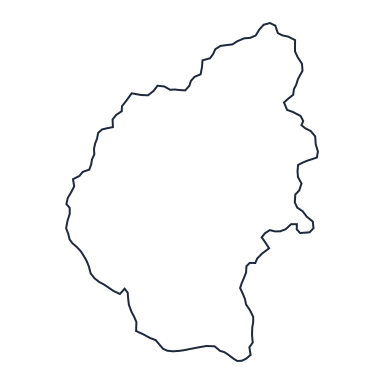 outline of Araújos, Minas Gerais, Brazil
{"feature_id": "56859067B13724994892972", "entity_name": "Araújos", "entity_type": "district", "adm_level": 2, "iso_a3": "BRA", "parent_name": "Brazil", "parent_adm1": "Minas Gerais", "projection": "albers", "projection_center": [-45.174, -19.885], "detail": "fine", "context": "isolated", "style": "outline", "palette": "slate", "viewbox_px": 384, "rotation_deg": 0, "n_neighbors": 0, "source": "geoboundaries", "source_scale": "gbopen_adm2", "svg_char_len": 2198}
<svg xmlns="http://www.w3.org/2000/svg" viewBox="0 0 384 384"><path d="M275.3,25.6L269.8,23.0L263.6,24.8L259.3,29.6L255.8,35.4L250.1,37.9L244.2,38.3L237.4,41.2L232.4,44.4L226.5,45.1L220.5,45.9L215.3,49.2L213.2,53.9L210.0,58.3L202.5,60.3L202.0,67.1L200.6,74.3L194.5,76.9L190.9,80.9L189.4,85.7L185.2,90.4L179.1,90.0L174.8,89.5L170.1,89.8L164.4,86.5L157.5,85.7L153.5,91.0L148.0,95.3L141.2,95.0L135.9,94.1L131.7,93.3L128.3,98.0L125.3,102.0L122.0,106.2L121.7,111.2L116.1,115.0L112.6,119.4L112.9,127.1L106.8,128.3L101.9,129.5L98.1,133.0L97.1,138.6L95.2,143.4L94.0,148.7L94.3,154.4L91.9,159.7L91.2,164.4L89.3,169.6L82.7,171.9L79.5,175.9L73.0,179.2L74.2,186.4L71.1,192.3L67.7,198.1L66.4,204.1L69.7,207.8L69.7,213.9L67.6,220.5L66.1,228.2L68.3,234.1L69.7,239.6L72.5,243.3L77.0,247.2L80.9,251.4L84.1,256.5L86.8,261.3L88.9,266.6L90.6,273.3L94.4,278.2L99.1,281.9L103.6,284.3L108.0,287.2L113.4,290.9L119.9,294.0L124.6,288.7L127.7,292.7L128.2,299.0L128.9,304.8L131.4,311.6L134.3,317.1L136.4,322.1L136.1,331.0L143.8,334.6L150.0,338.0L155.7,340.1L159.7,344.9L163.2,348.9L167.2,350.7L172.9,351.3L179.1,350.9L184.0,350.2L189.5,349.1L195.6,347.9L200.0,347.1L206.3,346.0L214.6,346.3L220.1,350.9L224.3,352.1L228.3,354.7L233.1,358.4L237.3,361.0L242.0,360.7L246.1,358.7L250.6,354.9L249.4,347.3L252.7,342.6L252.0,334.5L252.3,327.2L253.2,322.2L253.2,316.9L250.0,310.3L246.1,304.5L244.9,298.9L242.8,293.7L240.1,288.0L241.7,283.2L243.7,278.6L246.1,272.4L246.4,266.3L249.7,262.9L255.3,263.0L257.2,258.5L262.0,253.6L269.1,248.3L265.0,242.0L261.7,237.3L265.0,233.2L269.8,230.1L275.0,231.4L280.2,231.3L285.7,229.2L291.1,224.2L296.9,224.2L296.7,229.3L300.1,233.0L304.6,232.7L309.6,232.3L313.5,228.2L312.8,221.6L306.7,216.6L302.7,211.3L297.2,207.6L294.8,202.3L295.3,194.5L299.2,190.5L301.5,183.5L298.0,177.1L297.5,171.3L298.1,165.0L302.2,162.8L307.0,160.8L312.5,159.0L316.9,157.5L317.9,151.5L315.7,144.1L315.2,136.4L310.8,131.1L305.3,128.3L301.5,125.2L303.2,121.0L300.6,116.0L292.7,111.9L287.1,109.9L284.0,102.5L288.3,98.6L293.2,94.8L293.9,89.2L296.1,85.0L298.0,79.0L302.5,70.8L302.0,63.8L297.7,57.3L295.0,51.4L295.0,45.4L295.1,40.1L288.2,36.6L282.4,35.4L277.8,33.1L275.3,25.6Z" fill="none" stroke="#1e293b" stroke-width="2"/></svg>